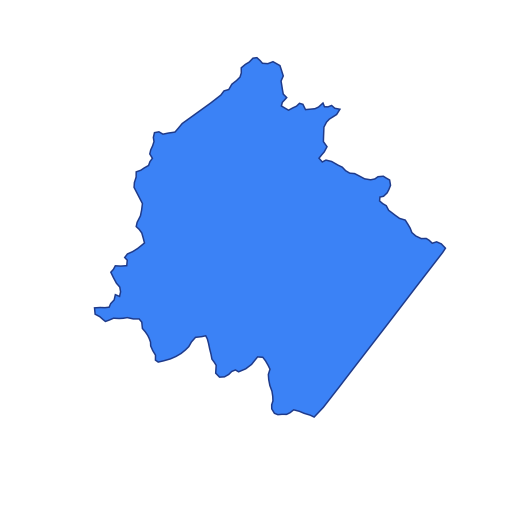 outline of Rio das Flores, Rio de Janeiro, Brazil, rotated 49°
{"feature_id": "56859067B25860438297690", "entity_name": "Rio das Flores", "entity_type": "district", "adm_level": 2, "iso_a3": "BRA", "parent_name": "Brazil", "parent_adm1": "Rio de Janeiro", "projection": "robinson", "projection_center": [-43.554, -22.17], "detail": "fine", "context": "isolated", "style": "filled", "palette": "blue", "viewbox_px": 512, "rotation_deg": 49, "n_neighbors": 0, "source": "geoboundaries", "source_scale": "gbopen_adm2", "svg_char_len": 2889}
<svg xmlns="http://www.w3.org/2000/svg" viewBox="0 0 512 512"><g transform="rotate(49 256 256)"><path d="M192.0,100.2L190.7,103.8L188.3,106.4L184.5,105.1L184.6,111.1L183.5,114.9L181.1,118.3L178.0,122.6L172.3,121.1L169.3,123.0L169.5,127.2L168.4,130.9L167.3,135.8L162.9,137.3L159.4,138.4L157.3,135.3L156.6,128.9L151.7,129.2L148.1,127.1L144.3,124.7L140.4,122.3L138.0,117.3L132.5,114.9L128.0,113.0L120.5,115.7L118.6,120.9L114.8,124.7L111.2,124.7L106.9,125.2L104.7,128.5L105.2,133.9L104.4,138.3L104.3,143.7L108.2,147.0L110.5,150.7L110.8,155.8L110.5,161.5L112.5,167.3L110.4,171.8L111.5,176.9L110.8,189.9L107.6,224.8L108.6,230.8L109.3,235.9L105.7,241.5L103.0,246.3L98.6,247.8L96.3,251.7L99.2,255.7L102.7,257.9L105.0,261.7L106.9,265.9L109.3,269.2L114.3,270.1L115.2,274.1L117.2,277.7L116.2,282.6L115.7,286.7L113.9,291.2L117.8,294.7L120.8,299.6L124.2,303.0L141.9,307.3L146.3,312.2L149.9,316.9L152.6,323.6L155.2,327.1L159.2,326.7L163.7,327.1L168.6,329.4L173.0,331.6L172.7,340.2L171.8,346.1L170.1,351.7L171.0,356.1L174.7,355.9L178.5,359.9L174.9,364.7L171.1,368.6L172.5,372.3L173.0,376.2L178.4,377.7L185.0,379.2L190.1,379.2L194.2,381.7L197.0,385.5L192.9,387.5L196.1,391.9L196.6,396.9L198.3,400.4L195.9,403.9L192.7,407.3L189.2,411.9L194.4,415.6L199.3,413.7L203.2,413.2L206.6,412.6L208.0,409.0L209.5,404.3L213.4,400.3L215.8,397.2L218.0,393.6L223.1,389.8L226.8,385.5L231.0,385.6L236.2,389.3L240.7,389.3L244.9,389.8L248.2,390.7L251.8,392.1L254.8,394.5L259.7,396.0L264.9,396.9L268.6,400.2L271.9,399.4L274.5,394.5L277.5,388.1L279.3,382.3L280.4,376.5L280.6,370.9L280.3,366.2L278.5,361.1L277.7,355.0L281.3,349.8L283.2,346.3L286.6,347.1L290.7,349.1L295.7,351.9L300.6,354.4L304.9,356.9L308.7,357.2L312.4,357.8L318.0,363.3L323.5,363.0L326.5,359.1L327.5,354.2L327.2,350.1L328.5,346.3L332.0,345.1L334.4,337.8L334.9,330.5L334.1,326.1L333.2,321.0L336.9,317.3L341.4,317.6L346.5,318.6L350.6,319.7L353.5,324.4L357.5,327.4L362.8,330.5L368.6,332.7L373.0,335.5L376.5,338.3L378.6,341.8L381.7,344.4L386.8,345.3L390.1,343.6L392.5,340.3L395.6,336.8L396.6,333.1L396.8,328.5L401.6,325.2L406.3,322.9L411.7,319.5L415.7,317.8L414.4,304.5L411.5,289.8L409.5,279.5L408.0,272.2L404.3,254.0L394.4,204.6L388.1,173.7L384.8,157.7L381.3,140.3L375.8,112.8L374.4,107.9L368.4,108.2L363.8,110.4L362.0,114.6L357.8,115.0L354.5,116.0L351.2,119.9L345.7,122.3L340.6,123.0L336.2,121.4L332.0,120.6L326.8,119.8L321.8,123.0L316.3,124.3L308.5,125.9L303.5,124.7L299.6,126.0L295.5,126.6L292.8,123.8L294.6,120.6L294.4,115.7L293.0,112.1L290.9,108.1L286.3,105.3L282.6,106.6L279.3,107.6L276.2,111.9L275.8,115.8L273.7,119.5L269.0,123.4L263.5,125.5L258.5,127.5L255.0,130.9L250.4,132.4L245.6,132.6L241.2,134.5L234.3,136.9L229.5,140.3L228.5,144.3L223.5,144.3L222.8,140.4L222.2,136.2L220.1,130.7L213.9,130.1L210.1,126.6L203.3,120.2L201.2,114.9L200.8,110.8L202.1,102.3L200.3,96.4L196.2,99.6L192.0,100.2Z" fill="#3b82f6" stroke="#1e3a8a" stroke-width="1.5"/></g></svg>